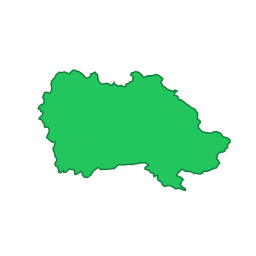 outline of Bananal, São Paulo, Brazil, rotated 240°
{"feature_id": "56859067B2046202210866", "entity_name": "Bananal", "entity_type": "district", "adm_level": 2, "iso_a3": "BRA", "parent_name": "Brazil", "parent_adm1": "São Paulo", "projection": "robinson", "projection_center": [-44.342, -22.736], "detail": "fine", "context": "isolated", "style": "filled", "palette": "green", "viewbox_px": 256, "rotation_deg": 240, "n_neighbors": 0, "source": "geoboundaries", "source_scale": "gbopen_adm2", "svg_char_len": 3576}
<svg xmlns="http://www.w3.org/2000/svg" viewBox="0 0 256 256"><g transform="rotate(240 128 128)"><path d="M137.5,187.3L137.2,185.2L142.2,181.1L144.3,180.6L146.1,179.7L147.6,178.9L149.5,179.5L151.5,179.2L152.2,181.4L153.3,182.8L155.0,182.2L156.3,181.6L158.0,181.0L160.0,179.6L160.8,177.2L161.2,175.1L162.0,173.7L163.0,171.6L163.6,169.9L163.7,167.8L164.8,166.4L166.7,166.6L168.7,165.9L170.6,165.3L172.0,164.0L173.2,162.5L173.2,160.8L173.9,158.9L172.8,156.8L170.0,158.1L168.3,156.8L166.2,155.5L167.2,152.4L166.0,151.3L167.0,148.5L165.1,147.0L166.4,144.3L168.4,143.4L169.0,140.2L170.7,139.8L172.6,138.3L174.4,138.6L173.5,137.1L172.9,135.3L174.4,134.2L176.3,133.0L177.7,131.2L178.1,129.3L178.9,127.7L180.1,126.7L182.2,126.1L184.0,125.9L189.3,128.2L190.8,127.6L192.8,127.4L192.9,124.6L193.5,122.9L191.9,121.6L191.3,119.2L191.9,117.0L194.1,116.1L196.1,115.9L197.6,115.2L199.5,114.6L201.4,113.5L202.8,112.3L204.5,110.9L205.5,109.6L205.3,107.9L204.7,105.8L204.4,103.9L206.2,102.7L208.2,101.2L209.0,98.5L210.7,96.2L210.1,92.4L208.5,90.4L207.9,88.4L207.2,86.6L206.5,85.2L204.6,83.3L202.6,82.8L201.2,82.1L199.5,81.1L197.8,79.4L197.7,77.0L199.6,75.6L200.3,73.6L199.2,71.9L197.6,69.9L195.8,69.2L194.3,69.6L191.0,66.8L191.6,64.7L191.1,61.8L189.4,59.9L188.4,61.2L185.7,60.7L184.6,62.2L182.8,61.2L181.7,59.0L181.3,57.0L180.4,55.5L179.1,56.7L177.7,57.4L175.7,57.2L172.9,57.5L171.4,56.4L170.0,56.4L169.5,58.0L168.4,59.2L165.9,58.8L164.3,58.0L163.3,56.6L162.0,54.7L160.5,52.8L158.6,53.5L155.1,54.4L153.2,55.8L152.5,57.6L150.9,56.8L149.4,55.2L147.6,52.8L145.8,52.2L143.5,52.0L141.4,51.4L139.6,50.5L137.7,51.1L135.8,50.1L134.9,49.0L133.6,46.9L131.6,46.3L129.2,47.6L127.7,47.2L126.2,47.1L125.0,45.9L123.6,46.3L122.8,47.7L123.5,49.1L123.5,50.8L121.8,50.1L120.8,52.3L121.3,54.2L121.9,55.6L121.4,57.7L120.2,58.3L119.3,59.9L117.8,60.6L116.2,59.4L114.2,58.9L113.6,60.8L113.9,63.8L113.5,66.0L112.1,65.7L110.7,65.4L108.7,65.3L107.1,65.9L105.5,67.9L105.6,69.8L105.8,71.6L106.4,73.4L107.8,75.6L108.2,78.0L108.7,81.6L108.0,83.1L105.7,83.4L104.6,86.1L102.9,88.8L101.8,91.4L100.9,93.6L99.7,96.0L100.8,99.6L100.7,102.1L98.8,104.7L97.6,107.2L96.3,110.2L95.5,111.6L93.9,113.9L93.5,116.2L92.2,118.9L91.8,120.4L91.2,122.2L90.3,123.6L89.6,125.2L87.4,126.6L85.3,127.3L85.6,125.4L85.5,123.4L83.8,122.1L81.2,124.9L78.3,125.2L75.8,127.3L72.9,126.2L72.8,128.1L71.8,130.2L70.2,128.6L68.3,128.0L65.9,129.0L64.0,130.0L62.2,129.4L60.7,129.6L59.1,130.6L58.4,133.3L57.2,135.4L55.0,137.1L53.0,138.1L51.4,138.9L50.7,141.2L49.7,142.8L47.2,144.5L45.3,146.4L46.7,147.2L48.3,146.4L49.8,145.7L53.3,144.9L53.8,146.4L55.0,148.0L55.6,150.0L57.5,149.7L59.3,148.8L60.6,147.7L62.2,146.5L63.7,147.6L64.3,149.8L64.8,151.6L65.4,153.8L64.1,155.1L62.3,155.7L60.9,157.3L60.1,158.8L59.0,160.3L57.4,161.5L55.7,162.4L54.8,164.0L52.0,167.7L51.7,169.6L52.8,172.2L50.9,174.8L50.5,178.2L50.3,179.9L50.0,182.4L49.3,184.6L51.1,187.4L51.6,189.7L53.1,189.7L54.5,189.9L57.3,189.3L58.6,190.9L60.1,192.2L60.9,194.0L61.0,195.6L59.8,198.1L59.4,200.2L60.9,201.0L61.2,204.5L63.7,205.7L64.1,207.5L65.5,210.1L67.1,210.1L68.6,209.8L70.3,208.5L72.8,206.0L74.2,205.8L76.0,205.8L78.2,204.9L79.5,203.8L80.8,202.5L81.8,200.4L81.9,197.3L83.0,196.0L83.9,194.8L85.4,192.8L87.0,191.0L89.3,189.9L90.9,189.7L92.8,189.2L95.5,190.4L96.3,193.2L97.7,193.9L99.3,193.5L101.5,192.6L104.0,194.6L106.5,195.6L107.9,195.5L110.7,195.3L112.2,194.5L113.4,193.4L114.8,192.7L116.9,192.0L119.4,190.7L121.2,190.0L122.8,189.4L124.3,188.7L125.7,188.2L126.8,186.2L130.0,186.9L131.7,186.1L133.1,184.4L135.2,186.1L135.4,189.0L137.5,187.3Z" fill="#22c55e" stroke="#15803d" stroke-width="1.5"/></g></svg>